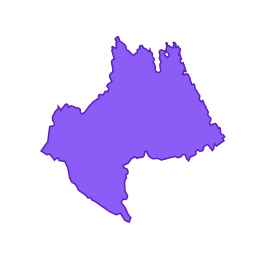 the border of Qostanay, rotated 73°
{"feature_id": "KAZ-3196", "entity_name": "Qostanay", "entity_type": "Region", "adm_level": 1, "iso_a3": "KAZ", "parent_name": "Kazakhstan", "parent_adm1": "", "projection": "equal_earth", "projection_center": [62.901, 51.427], "detail": "fine", "context": "isolated", "style": "filled", "palette": "violet", "viewbox_px": 256, "rotation_deg": 73, "n_neighbors": 0, "source": "natural_earth", "source_scale": "10m", "svg_char_len": 5540}
<svg xmlns="http://www.w3.org/2000/svg" viewBox="0 0 256 256"><g transform="rotate(73 128 128)"><path d="M165.7,40.5L168.2,39.9L171.2,48.8L168.7,49.6L170.1,51.0L172.6,51.8L174.3,53.9L169.2,55.7L166.9,56.8L167.5,59.1L168.6,61.7L170.1,61.8L171.6,63.4L171.2,66.2L169.3,67.8L170.2,70.1L172.9,70.5L173.7,73.6L173.9,76.4L175.1,78.1L177.1,79.6L175.2,80.7L170.5,81.2L169.3,83.0L169.7,84.0L170.4,84.7L171.0,86.0L171.0,87.2L170.9,89.2L169.2,90.6L168.6,94.9L168.6,99.4L168.4,105.5L166.7,107.1L165.5,109.6L164.7,113.2L161.5,116.1L157.3,117.1L155.8,117.0L155.5,118.7L159.0,120.6L160.2,122.4L159.8,125.4L159.4,126.4L159.1,127.5L159.8,128.0L159.2,128.6L158.3,129.3L157.3,130.5L158.1,131.5L158.0,133.2L161.9,138.5L162.2,143.5L165.1,143.3L167.0,140.9L169.6,140.6L171.7,141.8L172.2,143.5L173.0,144.1L175.2,144.0L176.7,145.8L178.8,147.1L186.7,149.2L193.0,148.3L195.4,149.9L195.5,152.1L194.6,153.5L195.6,154.8L197.8,156.3L200.6,155.0L203.6,154.0L209.2,153.3L212.8,152.5L214.4,151.5L215.1,151.8L216.1,152.8L218.3,154.1L217.0,156.3L214.9,158.2L208.5,159.8L207.2,160.3L207.2,161.3L207.5,161.8L207.1,162.5L207.6,163.3L207.5,164.7L202.4,170.2L188.3,181.2L186.5,183.4L183.9,184.3L182.9,187.1L180.4,187.7L172.9,193.6L168.5,194.1L165.6,195.4L163.5,197.6L158.9,198.4L148.8,197.2L141.5,198.2L139.0,203.4L136.3,203.5L136.5,204.3L136.3,205.8L137.3,207.8L134.7,208.5L130.0,210.7L129.8,213.6L124.5,217.8L117.6,208.7L103.6,202.4L104.1,199.7L103.6,197.6L100.8,197.0L98.8,197.9L95.5,197.1L90.6,192.3L89.0,189.0L86.9,188.4L89.3,187.5L91.5,187.2L87.3,181.2L87.0,179.9L87.9,178.9L90.8,179.0L89.9,176.7L91.0,174.3L93.1,172.5L94.3,169.6L96.6,168.1L98.9,169.1L101.0,168.4L100.4,164.9L96.1,159.3L92.7,153.3L90.7,146.8L88.6,146.8L87.9,146.2L87.7,144.6L89.2,141.9L86.3,139.3L86.7,137.4L87.5,136.7L84.4,134.7L81.7,136.0L80.2,134.2L79.7,132.6L79.5,131.2L78.4,129.6L77.1,130.3L73.4,130.5L72.3,130.1L71.6,129.6L71.1,128.9L70.2,126.7L69.7,126.0L68.9,125.9L68.0,125.4L67.2,125.1L66.0,125.3L65.8,125.2L65.0,124.9L64.5,124.8L63.0,124.9L62.5,124.9L61.6,124.6L60.5,124.6L60.1,124.5L59.5,124.0L58.8,123.6L58.6,123.3L58.3,122.8L58.0,122.2L58.0,121.3L58.1,121.0L49.0,120.8L48.8,120.7L48.7,120.5L48.6,120.0L48.3,119.9L46.0,119.6L45.5,119.3L45.6,118.7L45.9,118.4L46.9,118.0L47.3,117.8L47.4,117.5L47.4,117.1L47.5,116.9L48.2,116.4L48.3,116.2L47.7,115.6L43.9,114.9L41.7,113.6L40.9,113.4L40.7,113.6L40.5,114.1L39.9,114.3L39.3,114.2L38.8,113.9L37.9,112.1L37.7,111.6L37.7,111.2L38.1,110.5L42.4,110.5L45.6,107.9L47.3,106.8L49.0,106.2L50.2,106.3L51.4,106.5L52.6,106.4L53.7,105.7L54.6,104.6L55.0,104.3L57.0,103.7L57.5,103.4L58.6,102.5L59.0,102.2L59.9,101.8L60.6,101.2L58.9,99.4L58.8,98.9L58.7,97.8L58.6,97.3L58.4,97.1L58.2,96.9L56.2,96.4L55.8,96.2L55.7,95.7L55.8,94.5L55.8,93.9L55.7,93.5L55.6,93.3L53.9,93.4L53.6,93.2L53.4,92.6L52.9,92.4L52.8,92.1L52.9,91.5L53.4,90.4L54.3,90.0L55.3,89.8L56.2,89.4L57.1,88.4L57.4,88.0L61.2,85.4L59.4,84.1L61.1,84.1L61.9,83.9L63.3,83.0L64.1,83.0L64.8,83.1L65.5,83.5L66.1,83.7L66.8,83.8L67.5,83.7L68.0,83.5L69.1,82.8L69.6,82.7L70.2,83.0L72.3,84.5L72.9,84.7L73.6,84.4L74.0,84.1L74.4,84.0L75.3,84.1L77.5,83.9L78.3,84.1L79.7,85.0L80.5,85.1L82.1,84.6L82.9,84.1L83.4,83.5L83.8,82.2L83.9,81.6L83.7,80.9L83.2,80.3L82.5,80.0L77.9,79.3L76.4,78.8L75.1,77.8L74.3,76.9L73.8,76.8L71.8,77.6L71.0,77.7L70.3,77.5L68.2,76.3L67.4,76.1L65.4,76.1L64.4,75.9L63.6,75.3L63.1,74.7L63.0,74.0L63.0,73.3L63.4,72.7L64.4,71.6L64.7,70.9L64.8,70.1L65.2,69.8L65.7,69.7L66.3,69.8L66.7,70.1L67.7,71.3L68.3,71.6L68.9,71.6L69.5,71.4L70.6,70.5L71.1,70.1L72.0,69.8L71.4,68.0L71.2,67.6L70.9,67.6L68.5,67.6L67.9,67.7L66.9,68.7L66.2,68.8L63.2,68.3L62.8,68.1L62.2,67.3L61.2,67.0L58.2,66.9L57.6,66.4L58.2,65.7L60.4,66.3L61.1,65.8L61.2,64.8L61.3,64.5L61.7,64.4L62.5,64.3L62.7,64.0L63.0,63.4L64.5,62.0L64.6,61.4L64.0,61.1L62.7,60.6L62.3,60.1L62.1,60.0L61.7,59.9L60.3,59.8L59.8,59.8L59.7,59.5L59.6,59.2L59.7,58.9L59.8,58.6L60.2,58.2L60.7,58.0L61.7,57.8L62.4,57.8L63.4,58.0L64.0,58.9L64.4,59.1L64.8,59.1L65.1,58.6L65.2,58.2L65.1,57.7L64.6,56.7L64.4,56.2L65.6,56.1L66.2,55.9L67.0,55.1L67.5,55.0L69.2,55.2L69.5,55.4L70.1,56.4L70.5,56.6L72.1,56.8L72.1,57.7L72.3,57.9L72.7,58.0L73.1,58.0L73.3,57.7L73.5,56.8L75.5,56.8L76.1,57.1L76.4,57.1L76.8,56.7L77.1,56.6L77.8,56.8L77.9,57.4L77.9,57.7L78.1,57.9L78.5,58.2L79.3,58.3L81.6,58.4L81.6,56.2L90.3,55.9L90.8,56.0L91.0,56.3L91.0,56.9L90.0,57.3L89.8,57.7L89.8,58.2L90.2,58.6L91.3,59.1L92.1,59.9L92.4,60.0L92.7,60.0L93.0,59.9L93.1,59.7L93.0,58.9L92.9,58.7L93.1,58.2L94.0,57.4L93.5,56.8L93.3,55.9L93.9,55.2L94.9,54.8L95.8,54.6L97.6,54.5L98.8,54.1L99.2,54.2L100.1,54.5L100.7,54.6L102.5,54.2L104.6,54.4L105.2,54.2L105.5,53.7L105.5,53.3L105.3,53.0L105.1,52.5L105.4,52.0L106.1,51.9L107.4,51.9L109.8,52.4L110.6,52.3L111.2,52.1L112.3,51.5L112.9,51.3L114.3,51.2L117.8,50.0L118.6,50.1L119.2,50.3L120.9,51.3L121.8,51.5L122.0,51.2L122.7,51.0L123.5,50.9L124.2,50.6L124.5,49.9L123.8,49.2L123.5,48.8L123.6,48.6L124.1,48.2L124.5,48.5L125.2,48.6L126.0,48.1L126.3,48.1L127.2,48.3L127.7,48.2L128.7,47.8L129.4,47.7L129.8,47.6L130.2,47.3L131.0,47.6L133.1,47.4L133.4,47.3L133.8,46.8L134.8,47.0L135.3,46.9L136.2,46.5L137.8,47.5L138.5,47.8L139.2,47.8L140.6,47.3L141.9,46.5L143.2,46.0L144.6,46.5L146.3,48.1L147.0,48.5L147.3,48.6L147.6,48.6L148.2,48.3L148.8,48.5L149.0,48.5L149.6,47.6L148.9,44.8L149.4,44.2L149.3,43.7L149.3,43.0L149.6,42.7L152.3,41.9L152.9,41.8L154.1,42.1L154.5,42.0L154.7,41.4L154.4,40.5L154.5,40.1L155.1,40.0L157.2,40.2L160.1,40.9L160.7,40.8L161.3,40.4L161.9,39.6L162.5,38.9L163.1,38.6L164.7,38.2L165.1,38.4L165.3,40.1L165.7,40.5Z" fill="#8b5cf6" stroke="#5b21b6" stroke-width="1.5"/></g></svg>